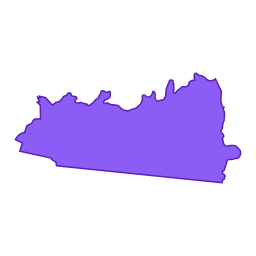 Dubonaire, Dennery, Saint Lucia
{"feature_id": "8701671B43196595047489", "entity_name": "Dubonaire", "entity_type": "district", "adm_level": 2, "iso_a3": "LCA", "parent_name": "Saint Lucia", "parent_adm1": "Dennery", "projection": "albers", "projection_center": [-60.92, 13.929], "detail": "fine", "context": "isolated", "style": "filled", "palette": "violet", "viewbox_px": 256, "rotation_deg": 0, "n_neighbors": 0, "source": "geoboundaries", "source_scale": "gbopen_adm2", "svg_char_len": 5664}
<svg xmlns="http://www.w3.org/2000/svg" viewBox="0 0 256 256"><path d="M222.0,182.7L222.1,182.4L222.4,181.4L222.6,180.5L223.0,179.6L223.2,179.4L223.3,179.3L224.1,179.1L224.3,179.0L224.4,178.8L224.4,178.6L224.3,178.0L224.3,177.6L224.5,177.3L225.0,176.7L225.2,176.1L225.1,175.7L224.8,175.2L224.4,174.8L224.1,174.6L223.7,174.3L223.2,174.0L222.5,173.3L222.5,173.2L222.4,172.7L222.5,172.5L222.7,171.6L222.9,171.3L223.4,170.8L223.7,170.6L224.0,170.4L224.2,170.1L225.1,167.4L225.3,166.0L225.3,165.8L225.6,165.4L225.9,164.6L226.6,163.0L226.7,162.6L226.7,162.1L226.7,161.5L226.9,161.1L227.0,160.8L227.2,160.5L227.5,160.3L228.1,159.8L228.2,159.7L228.6,159.6L229.3,159.4L229.9,159.4L230.3,159.4L231.2,159.5L231.8,159.4L232.6,159.3L234.8,158.5L235.3,158.4L236.2,158.5L236.7,158.5L237.5,158.2L238.2,157.9L238.5,157.7L239.4,156.8L239.6,156.4L239.8,156.1L240.6,153.7L240.6,152.7L240.6,152.2L240.3,151.0L240.1,150.6L239.8,150.2L238.4,148.5L237.8,148.0L237.3,147.5L236.6,146.7L236.1,146.3L235.9,146.1L235.3,145.9L234.5,145.7L232.6,145.4L231.8,145.4L230.6,145.5L229.7,145.6L227.8,146.1L227.5,146.2L226.1,146.1L225.8,146.0L225.4,145.9L224.8,145.4L224.1,144.6L223.7,143.8L223.5,143.1L223.3,141.8L222.6,139.8L222.5,139.4L222.5,138.4L223.0,137.6L223.5,136.9L223.6,136.6L223.7,135.9L223.6,135.3L223.3,134.7L222.7,133.7L222.2,133.3L221.3,132.8L221.2,132.6L221.0,132.0L220.9,131.4L221.2,130.4L221.4,130.0L221.5,129.7L222.1,128.9L222.2,128.6L222.4,127.9L222.5,126.5L222.7,125.0L222.8,124.1L223.1,122.9L223.8,121.2L224.0,120.6L224.1,120.1L224.2,119.1L224.4,117.2L224.4,116.3L224.5,114.2L224.5,113.4L224.4,112.3L224.2,111.4L223.3,109.5L223.2,109.1L223.3,108.7L223.4,108.2L224.1,107.4L222.2,106.4L221.4,103.8L220.8,100.5L221.0,98.2L221.1,94.3L221.5,91.7L215.4,78.8L214.8,79.4L214.3,79.7L212.3,80.5L210.9,80.8L210.1,80.8L209.2,80.7L208.1,80.3L206.9,79.6L205.5,78.1L203.0,76.4L202.1,75.9L199.6,75.4L198.8,75.2L198.2,74.8L197.4,74.0L196.9,73.6L196.2,73.3L195.6,73.3L195.2,73.4L195.0,73.6L194.8,74.0L194.5,74.2L194.2,75.0L194.1,75.6L194.2,76.3L194.3,76.9L194.3,77.0L194.4,77.3L194.2,78.4L194.5,78.7L194.7,79.1L194.7,79.7L194.6,80.0L194.5,80.6L194.4,80.6L193.9,80.7L193.4,80.5L192.8,80.3L192.6,80.2L192.3,80.2L191.6,80.8L190.7,81.1L190.3,81.3L189.7,82.0L189.3,82.2L189.0,82.3L189.0,82.5L189.1,83.7L189.0,84.0L188.1,85.1L187.0,86.2L186.5,86.5L185.6,86.8L184.2,86.7L182.8,86.7L182.2,86.9L181.3,87.4L180.7,87.9L180.4,88.3L179.8,88.8L178.4,89.9L177.4,90.6L176.6,91.6L176.1,92.0L175.8,92.5L175.3,93.0L174.9,93.3L174.5,93.3L174.1,93.4L173.7,93.1L173.5,92.7L173.4,92.0L173.7,91.2L173.9,89.2L173.8,88.2L174.0,87.8L173.8,86.9L173.7,86.0L173.7,85.2L173.8,84.8L173.8,84.4L173.5,83.7L173.4,83.0L173.1,82.3L173.0,81.7L173.0,80.8L172.9,80.6L172.7,80.4L172.3,80.2L171.1,80.2L170.8,80.1L170.5,80.0L170.2,80.0L169.7,80.4L169.0,81.9L168.9,82.3L168.8,83.1L168.5,83.7L167.7,84.8L167.4,86.4L166.7,87.8L166.4,88.4L166.0,90.9L165.9,91.9L165.9,94.9L165.7,95.8L165.2,97.0L164.4,98.5L163.7,99.3L162.9,99.8L162.2,99.9L161.7,100.0L160.5,100.3L160.1,100.3L159.4,100.5L158.6,101.0L158.4,101.0L157.2,100.9L156.9,100.7L155.9,99.8L155.3,98.8L155.0,98.1L155.1,96.1L155.2,95.6L155.2,94.8L155.1,93.8L154.9,92.9L154.7,92.4L153.7,91.5L153.2,91.4L152.8,91.6L152.7,91.9L152.3,93.6L151.7,94.7L150.7,96.1L149.9,97.0L149.3,97.1L148.1,97.0L147.7,96.9L147.3,96.8L146.4,96.4L146.0,96.1L144.8,95.3L144.1,95.1L143.5,95.1L142.7,95.5L142.4,95.7L142.2,96.4L142.2,97.0L142.3,98.0L142.5,99.2L141.8,101.3L141.5,102.1L140.8,103.6L140.2,104.4L138.7,105.8L137.8,106.4L137.1,107.1L136.5,107.8L136.1,108.1L135.6,108.2L134.3,108.7L132.7,109.1L132.0,109.4L130.7,109.9L129.9,110.2L129.2,110.5L128.5,110.6L128.1,110.7L127.8,110.7L127.4,111.2L127.2,111.4L126.8,110.8L125.6,110.6L123.4,109.9L122.5,109.3L121.0,108.3L118.4,105.8L118.0,105.6L117.3,105.4L115.6,105.1L114.0,104.8L113.0,104.7L111.1,104.7L109.0,103.7L107.8,103.0L106.8,102.9L106.3,103.1L106.2,103.3L105.6,103.4L104.6,103.4L104.0,103.1L103.8,102.6L103.8,101.9L103.9,101.2L104.2,100.8L104.8,100.2L105.6,99.9L106.6,99.4L107.9,98.7L108.9,98.3L109.6,97.4L110.0,96.6L110.3,95.2L110.4,93.5L110.2,92.7L110.0,92.0L109.8,91.5L109.5,91.4L109.3,91.4L109.0,91.4L108.2,92.1L106.3,92.3L105.9,92.2L104.0,91.0L103.4,90.8L102.9,90.7L102.4,90.8L101.9,90.9L101.3,91.2L101.0,91.8L100.8,92.3L100.5,93.9L99.1,95.8L98.9,96.4L98.7,97.1L98.0,98.3L96.6,99.0L96.0,99.4L95.5,99.9L94.8,100.7L94.2,101.1L94.0,101.4L93.4,102.5L92.9,103.0L92.7,103.1L91.5,103.7L90.8,104.4L89.8,105.3L89.3,105.6L88.9,105.6L88.6,105.5L88.3,105.3L88.0,105.0L87.3,104.8L86.9,105.1L87.1,104.3L86.9,104.2L85.3,103.6L85.1,103.6L84.2,103.6L83.9,103.5L83.2,103.3L81.4,102.6L80.7,102.5L79.8,102.8L79.2,102.9L77.8,103.1L77.1,103.0L76.8,102.9L75.8,102.2L75.6,102.2L75.2,101.8L75.0,101.3L75.0,100.1L75.4,99.7L75.8,99.4L76.1,99.4L76.5,99.2L76.7,98.9L76.7,98.0L76.4,97.3L76.0,96.7L74.9,96.5L73.9,96.5L72.8,96.1L72.5,96.1L72.3,96.0L72.2,96.0L71.6,95.6L71.3,95.2L71.2,94.9L71.1,94.0L71.0,93.8L70.3,93.1L69.9,93.0L68.9,92.9L68.1,93.1L67.9,93.3L67.4,94.1L67.0,94.8L66.6,95.0L66.0,95.5L64.0,96.3L63.4,96.7L62.9,97.3L62.2,98.5L61.6,99.3L60.8,100.0L60.3,100.8L59.9,101.1L59.2,101.5L58.0,101.7L57.8,101.9L57.5,102.0L55.8,102.5L52.3,105.1L45.6,97.6L39.4,96.2L39.7,96.9L40.1,97.7L39.2,97.7L38.4,97.5L37.6,97.1L38.1,98.9L39.6,101.2L37.2,102.2L40.3,105.2L40.5,118.9L39.6,118.7L38.6,118.9L37.8,119.0L36.6,119.0L35.6,118.8L33.5,119.9L32.0,122.7L31.3,123.6L28.2,125.0L27.1,125.6L26.6,126.2L26.7,127.0L25.9,128.3L25.7,129.8L24.8,131.4L24.7,132.5L24.4,132.8L22.6,132.7L21.4,133.7L20.4,134.0L19.9,134.3L17.7,136.1L16.0,138.5L15.4,139.7L22.4,142.9L19.8,151.2L50.9,158.0L51.5,159.3L52.8,160.2L56.0,162.3L56.5,165.8L222.0,182.7Z" fill="#8b5cf6" stroke="#5b21b6" stroke-width="1.5"/></svg>